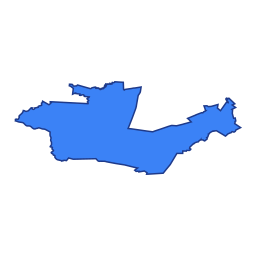 the district of Lazdukalna pag., Rugaju, Latvia
{"feature_id": "27541924B17763592459662", "entity_name": "Lazdukalna pag.", "entity_type": "district", "adm_level": 2, "iso_a3": "LVA", "parent_name": "Latvia", "parent_adm1": "Rugaju", "projection": "equal_earth", "projection_center": [27.094, 56.926], "detail": "fine", "context": "isolated", "style": "filled", "palette": "blue", "viewbox_px": 256, "rotation_deg": 0, "n_neighbors": 0, "source": "geoboundaries", "source_scale": "gbopen_adm2", "svg_char_len": 5407}
<svg xmlns="http://www.w3.org/2000/svg" viewBox="0 0 256 256"><path d="M61.8,161.1L62.2,160.9L62.8,160.8L62.9,160.6L63.1,160.4L63.3,160.4L63.7,160.6L64.1,160.4L64.8,160.3L65.4,160.4L65.9,160.6L66.5,160.6L68.6,158.0L73.2,159.2L95.9,158.7L97.8,160.7L98.3,161.1L99.7,161.3L99.8,161.2L104.9,161.3L106.7,161.8L115.7,163.5L124.6,164.9L133.8,167.2L137.6,168.0L134.7,170.2L136.1,171.4L138.0,171.2L138.5,171.5L138.8,171.5L139.2,171.4L139.1,171.9L144.4,171.0L147.0,172.7L146.6,174.2L150.6,174.0L163.2,173.2L166.4,169.2L170.2,164.6L176.9,153.4L182.7,153.4L182.8,151.0L186.2,151.1L186.2,150.9L186.7,150.4L189.6,150.4L190.7,149.5L190.8,149.1L189.6,148.5L189.8,147.2L192.7,144.4L193.5,143.6L193.8,143.8L195.1,142.7L195.9,142.4L197.1,142.0L198.2,141.9L199.3,140.6L199.7,140.3L200.6,140.0L200.8,139.7L200.8,139.8L203.1,140.0L204.2,140.8L204.8,140.7L204.9,140.8L205.3,140.4L207.0,139.2L207.1,138.8L207.2,137.9L206.8,137.6L207.8,136.9L208.6,134.4L208.4,134.1L209.3,133.7L209.6,133.0L210.8,132.2L212.7,131.1L213.6,131.0L213.4,131.2L216.4,130.7L223.2,134.7L225.4,136.1L226.5,135.3L227.6,134.1L229.7,133.1L231.1,132.7L232.1,131.6L234.0,132.1L235.3,131.3L235.9,130.0L240.6,127.6L234.7,123.6L235.1,122.2L235.0,121.5L235.8,121.0L235.2,118.0L233.6,118.3L232.3,113.4L232.6,110.0L231.8,109.4L235.6,107.5L232.2,105.0L234.8,103.8L228.9,98.2L227.7,99.1L227.5,98.6L227.1,98.4L226.9,98.1L226.7,98.1L226.2,98.4L225.9,98.9L225.9,99.2L226.1,99.7L226.4,100.0L226.6,100.5L227.1,100.8L227.4,101.0L227.8,101.8L228.1,102.0L228.2,102.6L226.5,102.2L220.5,110.7L217.4,108.1L218.0,104.5L211.2,106.4L208.2,106.6L207.0,105.8L204.0,105.9L205.0,108.6L205.5,110.6L205.9,110.6L205.4,111.1L203.7,111.8L203.0,112.6L202.8,112.8L201.6,112.7L200.8,113.0L195.8,114.9L195.5,115.2L194.8,115.4L187.6,118.4L189.1,119.7L191.2,121.9L187.0,123.1L183.9,123.9L183.0,124.2L178.6,125.3L176.5,125.8L172.7,125.5L171.4,125.5L168.4,126.4L160.3,129.2L154.8,131.0L153.0,131.7L152.6,131.8L146.4,131.0L131.8,128.9L128.1,128.5L132.2,118.1L135.7,108.6L136.0,107.5L136.3,106.4L136.5,104.9L138.1,95.9L138.4,95.1L139.3,93.9L140.2,92.3L140.4,91.5L141.1,87.0L135.0,88.0L133.4,88.1L131.4,88.5L125.9,89.3L124.9,89.5L124.4,90.0L123.6,89.6L123.5,87.6L123.3,82.3L114.9,81.8L114.9,82.0L114.6,82.3L113.6,82.7L112.9,82.7L112.5,82.5L112.4,82.7L112.5,82.7L112.6,82.9L112.4,83.0L112.2,82.9L112.2,83.2L111.5,83.5L111.6,83.8L111.2,83.7L111.4,83.9L111.2,84.1L110.4,84.2L110.1,83.9L109.6,83.9L109.3,83.9L109.3,84.1L109.2,84.2L108.6,84.1L108.3,84.2L108.1,84.0L107.7,83.9L107.5,84.0L107.4,84.0L107.5,84.2L107.5,84.3L107.4,84.4L107.2,84.5L106.6,84.4L106.5,84.2L106.1,84.0L105.8,83.9L105.7,84.3L105.8,84.7L105.3,84.7L105.2,84.8L105.5,84.9L105.3,85.1L105.5,85.2L105.9,84.9L106.1,85.0L106.3,85.0L106.3,85.3L106.2,85.6L105.9,85.8L105.6,85.8L105.2,85.8L105.4,86.1L105.0,86.2L105.1,86.3L105.3,86.3L105.5,86.4L105.9,86.4L105.9,86.6L105.4,86.8L104.8,86.8L104.6,87.2L104.4,87.0L104.2,87.1L104.6,87.5L103.9,88.1L103.4,88.2L103.3,88.4L103.2,88.4L102.8,88.3L102.8,88.0L102.6,88.0L102.5,88.5L102.9,88.6L102.9,88.8L102.2,88.8L101.9,88.5L101.2,88.4L101.1,88.5L101.3,88.7L101.6,88.9L101.2,89.3L100.6,89.3L100.5,89.5L99.9,89.4L99.8,89.2L99.7,88.8L99.5,88.7L99.0,88.6L98.6,88.5L98.5,88.3L98.8,88.1L98.7,88.0L97.7,87.9L97.3,87.9L97.2,88.3L96.3,88.3L96.1,88.3L95.8,88.3L95.3,87.5L95.5,87.3L95.8,87.5L96.0,87.5L96.0,87.4L95.6,87.1L94.8,87.1L94.3,87.3L93.4,87.4L93.1,87.6L92.1,87.7L91.1,88.5L90.7,88.6L90.2,88.6L81.4,86.1L77.6,85.0L77.4,85.1L76.8,85.7L76.4,85.9L73.9,86.1L73.5,86.0L73.2,85.8L72.6,84.7L72.2,84.4L70.2,84.2L69.5,84.2L69.5,84.3L69.3,85.8L70.1,86.1L70.9,86.5L73.3,88.4L72.6,94.2L75.2,93.0L75.7,93.1L75.6,93.5L80.0,94.1L79.7,95.3L80.8,95.4L82.1,94.8L83.6,94.8L84.0,95.5L84.3,95.7L84.1,96.0L84.4,96.4L89.2,96.9L88.9,97.5L87.3,98.5L87.0,98.8L88.6,100.5L87.4,101.9L87.8,102.3L88.4,103.6L88.6,103.7L49.6,101.7L50.0,101.9L50.2,102.1L51.3,102.6L49.4,104.5L48.9,104.7L42.6,101.2L42.4,102.2L42.6,102.2L42.2,102.7L41.5,103.1L41.6,104.7L41.7,105.1L41.5,105.4L39.0,106.0L38.5,106.3L38.3,106.4L38.2,106.6L38.2,107.3L35.1,107.9L35.3,108.0L34.8,108.4L34.5,108.8L34.3,109.0L33.4,109.4L32.6,109.2L32.0,108.7L32.1,108.4L31.4,108.3L31.7,107.8L31.2,107.8L28.3,110.8L26.4,111.4L25.5,111.3L24.3,110.7L23.3,110.5L23.2,111.0L22.6,112.5L21.6,113.6L19.5,115.5L19.2,115.9L19.0,116.2L19.3,117.0L19.3,117.3L19.2,117.6L18.7,118.2L18.5,118.9L18.3,119.2L18.1,119.4L17.8,119.4L16.4,119.1L15.8,119.2L15.4,119.4L15.4,119.5L15.5,120.4L15.4,120.9L16.1,121.0L18.5,121.9L20.2,122.2L22.3,122.5L22.9,122.7L23.5,123.0L25.7,125.2L26.3,125.6L27.0,125.9L28.9,125.9L29.6,126.0L30.0,126.1L31.2,126.8L32.4,128.0L33.9,128.9L34.6,128.9L35.2,128.9L36.1,128.5L37.4,128.3L37.8,128.2L38.4,127.9L39.0,127.8L41.6,128.7L42.7,129.0L44.2,129.1L45.0,129.3L45.7,129.6L46.4,130.0L48.3,131.0L50.0,131.9L50.1,132.3L50.0,134.3L50.1,135.4L50.2,136.0L50.7,136.9L51.0,137.8L51.0,138.3L50.7,139.7L50.7,140.4L50.8,140.9L51.2,141.5L51.3,141.8L51.5,142.6L51.5,143.0L51.5,144.6L51.4,144.8L51.1,145.3L50.3,146.3L50.2,146.7L50.8,147.0L51.7,147.1L51.9,147.1L52.2,147.3L52.4,147.6L52.3,147.9L52.0,148.8L52.1,149.1L52.3,149.3L52.6,149.6L53.3,150.1L53.5,150.3L53.5,150.5L53.3,150.9L52.7,151.4L51.4,152.2L51.3,152.4L51.2,152.7L51.3,152.9L51.7,153.4L52.7,153.8L52.9,154.0L53.1,154.6L53.4,155.1L53.7,155.2L54.5,155.3L54.8,155.5L54.9,156.2L54.9,157.0L54.9,157.3L55.5,158.2L56.5,159.2L57.4,159.7L58.1,159.9L61.2,160.6L61.6,160.8L61.8,161.1Z" fill="#3b82f6" stroke="#1e3a8a" stroke-width="1.5"/></svg>